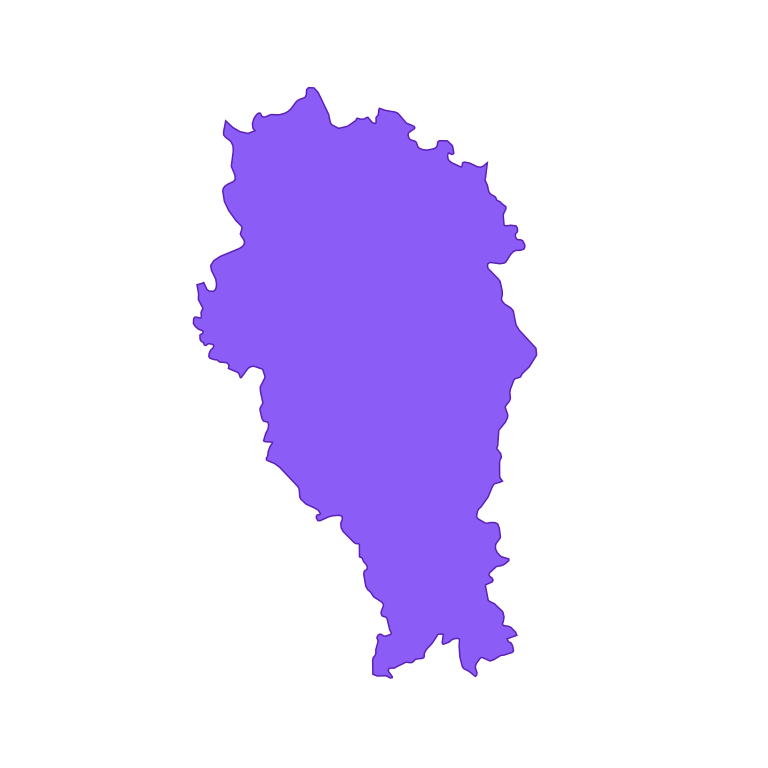 map outline of Kursk (Albers equal-area conic projection), rotated 76°
{"feature_id": "RUS-2362", "entity_name": "Kursk", "entity_type": "Region", "adm_level": 1, "iso_a3": "RUS", "parent_name": "Russia", "parent_adm1": "", "projection": "albers", "projection_center": [36.333, 51.669], "detail": "fine", "context": "isolated", "style": "filled", "palette": "violet", "viewbox_px": 768, "rotation_deg": 76, "n_neighbors": 0, "source": "natural_earth", "source_scale": "10m", "svg_char_len": 6142}
<svg xmlns="http://www.w3.org/2000/svg" viewBox="0 0 768 768"><g transform="rotate(76 384 384)"><path d="M116.9,372.8L119.6,372.2L125.0,366.1L125.1,356.9L121.6,347.9L119.6,345.8L121.5,342.3L122.1,339.4L121.8,337.8L121.2,336.5L121.4,335.1L127.3,332.2L128.7,330.5L129.1,329.1L128.0,328.3L123.6,327.3L121.4,324.4L116.4,322.6L115.4,321.7L119.0,316.2L122.5,308.1L124.1,305.6L125.6,304.5L136.4,299.1L139.6,294.5L141.6,292.3L142.9,292.1L143.8,293.0L145.6,298.2L146.3,299.5L147.8,300.3L150.6,300.4L152.7,299.8L153.5,299.1L155.7,295.4L157.3,294.2L162.3,293.7L164.0,292.4L165.9,289.9L167.5,285.6L167.8,278.5L167.0,276.1L165.4,274.6L162.1,273.2L161.3,271.5L163.4,263.7L168.9,260.2L170.0,259.9L176.9,260.4L177.4,260.9L177.7,262.3L177.4,263.2L175.5,264.9L175.5,265.7L177.5,267.0L181.0,267.4L182.4,267.0L183.8,266.3L186.2,264.1L192.1,256.8L192.0,256.1L191.2,255.4L188.5,254.3L188.1,253.4L188.3,251.9L190.5,247.2L195.7,241.0L196.8,238.5L197.0,237.2L196.5,234.8L194.3,230.2L207.9,235.4L210.3,236.7L216.1,235.6L222.6,235.8L225.2,234.9L229.6,230.6L232.9,230.1L235.4,227.2L238.1,225.6L241.4,222.9L243.5,223.3L247.9,226.9L249.5,227.6L258.7,229.0L259.4,228.5L260.1,227.3L260.6,222.7L262.5,217.7L264.7,216.9L267.6,217.3L268.7,217.9L270.1,220.0L270.7,220.4L273.4,220.8L275.7,220.0L276.6,218.5L277.2,216.4L278.5,214.8L283.3,213.7L285.6,214.5L286.7,215.4L287.1,216.3L287.2,219.5L286.3,223.9L286.8,226.4L288.8,229.6L295.1,236.3L295.5,237.2L295.7,238.5L295.3,242.6L291.9,251.1L291.8,252.1L292.4,254.0L293.9,254.9L297.1,255.1L309.9,247.6L312.6,246.5L322.1,246.8L326.1,247.6L329.8,249.5L332.2,249.3L335.7,247.6L340.7,242.7L343.6,241.1L344.7,240.9L358.5,241.6L364.4,239.8L386.1,227.9L392.3,228.8L393.2,229.3L402.4,238.8L407.6,247.6L409.8,249.5L410.3,250.4L410.6,255.7L411.8,257.2L419.9,262.8L422.9,264.0L428.5,264.8L430.9,266.4L434.5,271.0L435.8,272.0L444.1,271.4L446.7,272.4L450.6,275.7L456.6,283.8L471.4,288.6L473.3,290.0L474.2,290.1L479.9,287.6L483.7,287.9L486.0,290.0L488.3,290.9L501.0,294.0L503.0,294.2L506.9,292.5L507.4,295.6L507.5,300.9L508.2,302.1L509.5,303.4L519.0,310.5L526.7,319.6L528.6,322.8L530.2,324.1L534.8,326.2L537.2,325.7L543.5,319.3L544.0,317.8L544.2,314.3L544.8,311.5L545.5,309.7L546.8,308.0L547.4,307.5L551.8,307.0L559.8,307.9L561.4,308.4L566.1,314.0L567.5,314.8L571.1,315.7L575.3,314.8L579.2,312.6L580.7,310.8L583.9,305.2L585.5,305.6L587.4,309.1L588.3,311.7L588.7,314.8L588.2,318.2L588.6,319.6L592.8,327.3L594.5,328.4L596.2,327.9L598.4,326.1L600.7,325.6L602.2,326.9L603.4,333.8L604.3,334.4L618.9,335.2L620.4,334.3L623.7,330.2L633.1,324.2L634.3,323.8L639.1,323.9L643.1,325.6L645.6,327.2L646.4,327.0L647.3,326.3L649.3,321.7L650.9,319.7L656.6,316.4L660.0,315.9L661.0,326.1L664.1,325.6L666.0,323.4L668.8,322.6L674.0,322.8L674.9,323.5L675.5,324.6L676.1,333.1L675.7,335.5L675.8,337.1L678.1,344.3L678.4,348.1L673.2,354.8L673.0,355.6L673.2,356.8L677.1,361.5L679.1,363.2L681.6,364.0L686.6,363.6L689.0,364.6L689.8,366.2L683.4,371.0L679.4,375.5L676.9,376.4L667.2,376.4L655.9,374.4L650.5,372.6L649.7,372.8L649.0,373.4L648.4,375.4L648.2,377.8L648.6,380.1L650.2,383.3L650.9,389.6L649.3,390.2L641.2,387.0L640.0,390.6L640.1,392.3L647.0,399.7L652.0,407.3L655.1,410.0L658.6,411.1L659.2,411.8L659.5,412.9L658.7,419.6L658.9,420.4L660.4,422.6L661.0,424.5L660.6,426.6L659.4,429.3L659.4,430.8L661.5,440.5L662.2,442.7L661.1,446.8L661.8,448.3L663.2,449.4L669.9,446.8L670.9,447.0L670.8,449.0L667.6,452.6L665.7,461.1L663.0,465.0L650.3,462.1L646.9,460.7L645.4,458.5L643.7,457.2L639.6,456.1L632.9,452.3L631.3,451.9L628.8,452.3L627.5,451.7L626.1,450.1L625.7,448.7L626.2,447.3L628.4,445.3L629.0,443.9L628.7,438.6L628.1,437.5L627.5,437.1L623.8,437.9L612.2,437.8L610.7,438.5L608.9,441.6L607.9,442.2L605.7,442.3L603.7,441.5L599.0,438.2L597.9,437.9L596.4,438.3L595.1,438.9L588.0,445.5L582.7,447.4L579.4,449.7L575.6,450.6L563.6,449.7L560.8,448.4L559.9,445.9L558.7,444.8L557.6,444.5L555.1,444.8L551.5,446.7L547.9,447.3L547.1,447.7L545.8,449.6L534.0,446.8L533.0,447.1L531.9,450.2L530.3,451.6L517.5,459.2L513.6,460.3L509.2,459.8L507.7,459.1L506.0,457.5L502.9,456.7L501.9,457.2L501.2,457.9L500.4,460.1L499.4,466.0L499.5,469.8L501.2,479.1L500.5,481.3L497.5,482.0L496.1,481.7L495.0,480.7L494.9,477.5L494.5,477.0L490.6,478.3L487.8,481.0L481.7,488.7L475.9,492.4L473.4,493.1L465.3,491.7L463.0,492.2L439.7,505.3L434.7,509.4L429.8,516.0L428.9,516.4L427.3,516.0L426.5,514.9L425.3,514.1L421.7,512.8L417.1,509.7L414.1,506.4L413.3,506.6L411.4,513.0L410.0,514.6L403.2,510.6L399.8,507.5L396.0,505.9L393.6,505.8L392.9,506.1L390.9,509.8L389.5,510.4L387.2,510.8L379.2,510.6L377.5,510.1L373.2,506.1L361.5,505.7L357.1,504.9L349.0,498.0L347.6,497.7L341.1,498.1L340.0,498.6L335.6,505.4L334.9,507.8L335.4,510.7L336.2,512.5L343.2,520.9L343.1,521.8L338.7,522.3L337.4,523.1L331.3,531.2L328.2,529.9L325.9,530.9L324.9,532.5L322.9,538.2L320.1,540.3L319.6,542.2L317.4,545.9L316.5,546.9L314.8,547.3L312.4,546.4L310.4,545.1L308.9,543.5L307.4,540.8L305.4,539.9L304.0,540.8L302.6,543.9L302.6,545.3L303.5,547.4L303.2,548.4L302.5,548.9L300.4,549.1L297.7,551.4L295.8,551.6L292.1,550.8L291.6,550.3L291.2,548.0L290.8,547.4L288.8,546.9L285.8,550.9L282.5,553.2L279.3,554.3L275.8,553.3L274.2,552.6L273.4,551.4L273.7,549.8L275.7,546.3L275.5,545.6L274.6,545.0L270.3,544.2L266.6,541.4L257.1,543.7L251.8,542.1L242.4,541.4L242.4,536.9L241.9,534.4L249.5,532.9L251.6,531.1L252.8,527.2L251.6,524.7L249.1,523.2L246.3,522.3L241.5,521.9L232.0,523.9L227.2,523.5L223.2,519.4L220.6,512.1L217.5,491.5L216.4,488.3L214.7,486.0L212.0,484.9L209.1,485.4L206.3,486.6L203.6,487.1L198.4,484.0L196.2,484.2L189.7,488.1L178.1,492.7L168.3,494.7L158.1,493.8L155.7,492.9L153.7,490.8L152.4,487.5L151.1,480.9L149.2,478.8L145.0,478.1L135.9,479.5L121.5,473.9L116.3,472.9L111.4,474.0L106.1,478.2L103.5,479.3L100.2,478.5L90.3,473.9L98.6,468.6L104.3,462.7L108.0,455.3L107.0,447.8L104.2,449.3L99.6,448.7L95.3,446.2L92.6,443.5L91.3,441.6L90.8,439.7L91.5,438.4L94.6,437.8L95.7,436.6L96.2,434.3L95.4,430.4L95.3,428.1L97.1,422.0L97.5,419.7L97.3,414.8L96.3,411.0L94.5,407.7L88.9,400.9L88.0,399.1L87.4,397.0L87.0,392.4L86.4,390.8L84.5,389.4L79.7,387.9L78.2,385.6L79.7,380.4L85.1,377.4L108.8,372.5L116.9,372.8Z" fill="#8b5cf6" stroke="#5b21b6" stroke-width="1.5"/></g></svg>